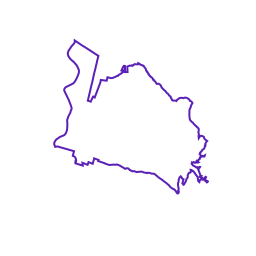 Cuzdrioara, Cluj, Romania, rotated 128°
{"feature_id": "2599482B38314546177556", "entity_name": "Cuzdrioara", "entity_type": "district", "adm_level": 2, "iso_a3": "ROU", "parent_name": "Romania", "parent_adm1": "Cluj", "projection": "orthographic", "projection_center": [23.913, 47.18], "detail": "fine", "context": "isolated", "style": "outline", "palette": "violet", "viewbox_px": 256, "rotation_deg": 128, "n_neighbors": 0, "source": "geoboundaries", "source_scale": "gbopen_adm2", "svg_char_len": 5639}
<svg xmlns="http://www.w3.org/2000/svg" viewBox="0 0 256 256"><g transform="rotate(128 128 128)"><path d="M149.0,48.7L148.8,48.3L148.4,48.2L147.1,48.6L146.8,49.2L146.6,49.2L146.5,49.3L146.5,50.0L145.6,50.1L144.6,50.7L144.0,51.6L143.7,51.7L142.2,53.5L140.9,54.5L139.3,55.0L137.6,56.2L135.4,56.9L134.8,56.9L133.6,56.7L134.0,55.1L134.5,54.4L134.3,53.1L134.2,52.7L138.2,51.0L138.2,50.6L138.6,49.4L138.1,49.1L134.0,49.7L132.8,50.3L132.1,50.5L130.3,50.5L129.6,50.9L128.8,51.7L126.4,52.4L125.6,52.2L124.6,51.4L124.2,51.4L123.2,52.1L122.4,52.9L122.2,52.5L122.0,52.1L122.0,51.7L122.1,51.1L122.1,50.4L121.9,50.3L121.8,49.8L121.9,49.4L122.4,48.0L122.4,47.3L122.9,46.5L123.5,43.8L123.8,42.9L124.3,42.5L125.5,41.0L126.4,40.3L125.9,39.4L126.7,39.0L126.7,38.5L125.1,39.2L124.3,39.2L123.8,38.9L123.2,38.0L122.6,37.3L122.1,38.1L122.0,37.0L122.0,35.5L122.1,35.3L122.1,33.3L122.3,32.3L121.8,32.1L120.9,32.2L121.2,34.0L121.9,35.2L119.9,36.0L118.7,36.2L118.8,36.9L121.5,36.9L121.7,38.0L121.4,39.1L121.4,39.3L122.0,39.6L122.2,39.9L122.3,40.4L122.4,41.5L121.8,41.5L120.7,41.1L120.8,41.4L120.6,42.1L120.0,42.9L118.9,44.6L117.5,47.1L117.1,46.9L116.5,47.3L115.4,47.5L114.9,47.1L114.3,47.2L114.4,47.5L114.9,47.6L115.9,48.6L116.5,48.9L116.3,49.2L116.9,49.6L117.1,50.0L117.1,50.5L116.9,50.8L117.4,52.9L117.5,53.7L117.2,54.9L116.7,55.3L116.7,55.6L116.9,55.9L116.8,56.0L115.8,56.4L115.8,56.2L116.0,56.1L116.1,55.6L114.5,55.4L114.2,54.1L114.2,53.8L113.5,53.6L112.6,52.0L112.0,51.5L111.8,51.4L112.3,53.5L111.5,53.7L111.4,53.7L111.2,52.2L110.8,52.4L109.6,52.9L108.7,52.5L108.6,52.8L107.2,52.7L107.0,53.1L106.9,53.2L106.0,52.8L105.7,52.6L105.5,53.0L105.3,53.1L104.7,52.4L104.1,51.3L103.8,50.6L103.5,50.3L103.4,50.4L103.3,50.7L102.5,50.5L102.3,50.6L102.9,50.8L103.7,51.4L104.8,53.3L104.9,53.8L104.6,54.7L104.2,55.2L104.3,55.5L103.8,55.7L103.8,55.4L103.6,55.4L102.9,55.8L102.4,55.9L101.6,55.9L101.2,55.6L99.7,56.0L97.9,55.4L97.1,55.3L96.1,55.8L95.0,56.0L94.7,56.4L94.3,56.1L93.9,56.6L93.4,56.7L93.3,57.1L92.9,57.3L91.3,57.7L89.5,57.6L89.5,59.6L89.5,60.9L88.9,62.0L88.3,62.8L88.4,63.9L88.8,64.8L89.1,65.5L89.4,65.9L90.4,66.2L92.4,66.0L91.1,67.3L89.4,68.2L88.0,69.9L85.7,71.2L85.3,71.6L85.0,72.1L84.8,72.9L84.9,73.9L84.7,74.0L84.4,78.2L83.9,79.8L83.9,81.5L83.7,82.3L83.6,83.6L83.2,84.4L82.2,85.6L80.2,87.5L77.9,89.2L76.1,90.6L75.1,91.0L72.9,91.4L72.2,91.9L71.7,92.1L70.1,92.4L68.7,92.5L68.1,94.1L68.2,95.1L68.5,95.8L68.5,96.0L67.8,97.1L67.8,97.8L68.0,99.7L68.3,100.7L68.6,101.3L69.2,102.0L70.3,102.6L71.0,104.1L71.6,104.7L72.3,105.6L72.7,105.8L75.7,106.7L76.9,106.5L77.0,107.1L77.3,107.6L77.6,108.1L78.2,108.7L78.8,109.8L78.9,110.3L78.3,111.3L78.2,111.9L78.0,112.1L77.9,112.8L77.3,113.3L77.1,113.7L77.0,115.1L77.1,115.6L77.0,116.0L76.4,117.5L76.5,119.2L75.8,121.4L75.9,122.6L75.7,123.6L75.8,124.1L75.4,125.7L75.5,126.3L74.9,127.2L74.2,128.7L74.1,130.2L74.3,131.2L74.5,131.5L75.4,132.3L75.5,132.6L75.1,134.0L74.7,134.8L74.6,135.1L74.7,136.1L74.3,137.0L74.4,137.5L74.2,137.7L74.1,137.9L74.4,138.3L73.9,138.9L73.6,139.8L73.6,140.9L73.8,141.4L73.5,142.0L73.6,142.4L73.3,142.9L73.5,143.4L73.5,143.6L73.2,144.1L72.8,144.6L72.9,145.3L72.5,145.6L72.2,146.6L72.0,147.0L71.9,147.2L72.1,147.5L71.8,147.9L71.6,148.1L71.7,148.6L71.6,149.1L70.4,150.5L70.3,150.9L70.1,152.2L69.8,152.8L69.7,153.2L69.4,154.0L69.5,154.3L69.8,154.6L69.6,155.1L69.9,155.5L70.2,156.4L70.4,156.9L70.3,157.8L70.6,159.9L71.3,159.5L71.1,159.2L71.3,159.1L71.4,159.4L71.6,159.4L72.6,160.5L73.7,162.2L74.3,162.2L75.3,162.5L75.8,163.2L76.1,163.0L76.3,162.9L76.7,163.6L77.1,164.0L77.8,165.1L79.3,165.9L80.0,166.4L84.2,162.8L85.7,164.7L81.0,168.6L81.6,169.5L82.9,169.1L83.0,169.4L86.6,168.6L86.4,168.3L84.5,166.0L85.8,165.0L87.3,167.0L88.1,166.6L90.8,167.5L92.0,168.1L93.1,168.0L93.3,168.3L93.5,168.5L95.7,169.6L98.1,171.0L99.1,172.0L100.7,175.4L103.8,173.9L103.9,174.0L106.9,179.0L109.2,177.8L124.5,173.0L124.6,173.5L124.6,174.8L124.8,174.9L130.2,173.6L130.9,175.8L131.2,176.5L116.0,183.5L113.7,184.5L105.6,188.4L100.7,190.5L99.0,191.4L96.6,192.4L94.2,193.6L89.4,195.7L90.6,209.6L91.2,214.8L91.8,223.9L93.2,222.8L93.7,222.6L94.5,222.5L98.1,222.8L103.6,222.4L105.2,221.9L106.1,221.5L106.8,220.9L107.7,219.8L108.2,218.9L108.7,217.3L109.1,215.9L109.2,214.8L109.4,211.0L110.3,206.7L111.9,203.5L112.7,202.3L114.1,201.1L116.1,200.2L119.5,199.3L121.1,198.9L124.8,198.4L126.6,198.6L134.2,202.2L135.3,202.3L136.6,202.1L137.8,201.3L142.3,192.1L145.8,186.3L147.3,184.4L147.9,184.1L149.9,183.6L151.3,182.9L155.8,182.1L159.3,180.8L161.3,179.0L164.5,176.5L167.4,174.7L169.9,173.9L171.6,173.7L173.0,173.9L176.9,176.1L180.5,177.2L181.2,177.5L183.7,177.3L185.0,177.0L186.2,176.2L187.7,173.8L186.0,172.3L179.5,156.3L183.9,154.4L183.5,153.0L183.7,151.5L184.1,150.6L184.4,150.1L185.8,148.6L186.2,148.4L186.4,148.9L186.9,148.5L187.9,148.2L188.2,147.6L188.0,147.2L186.2,142.4L185.5,140.5L183.5,142.5L181.9,137.2L179.2,138.1L177.9,133.8L175.0,135.0L173.4,135.6L172.8,136.0L171.3,131.5L172.4,131.1L170.1,124.6L170.2,124.4L168.7,120.0L165.6,116.7L165.1,115.7L164.8,115.4L164.2,115.0L164.1,114.7L163.3,113.7L162.9,112.1L162.6,111.2L162.5,109.7L162.1,107.2L162.0,105.2L161.5,104.7L160.9,104.6L160.4,104.2L159.7,102.8L160.0,100.7L159.7,100.2L159.8,99.5L159.3,97.7L159.2,97.5L158.8,97.3L158.3,96.8L158.0,96.2L158.0,95.7L157.5,94.4L157.3,93.9L156.8,93.6L156.4,92.9L155.6,92.4L155.0,91.4L154.4,90.9L153.8,90.2L153.4,88.4L152.2,86.1L151.9,85.3L151.6,85.3L151.3,85.1L150.6,84.2L150.0,83.3L149.8,82.1L149.5,81.5L147.9,79.1L148.1,73.3L148.0,71.5L147.8,69.6L147.9,67.3L147.8,65.5L147.8,63.3L147.9,61.0L147.9,60.6L148.4,58.3L148.5,57.1L148.2,54.5L147.9,54.0L148.0,52.6L149.0,49.7L148.7,49.6L149.0,48.7Z" fill="none" stroke="#5b21b6" stroke-width="2"/></g></svg>